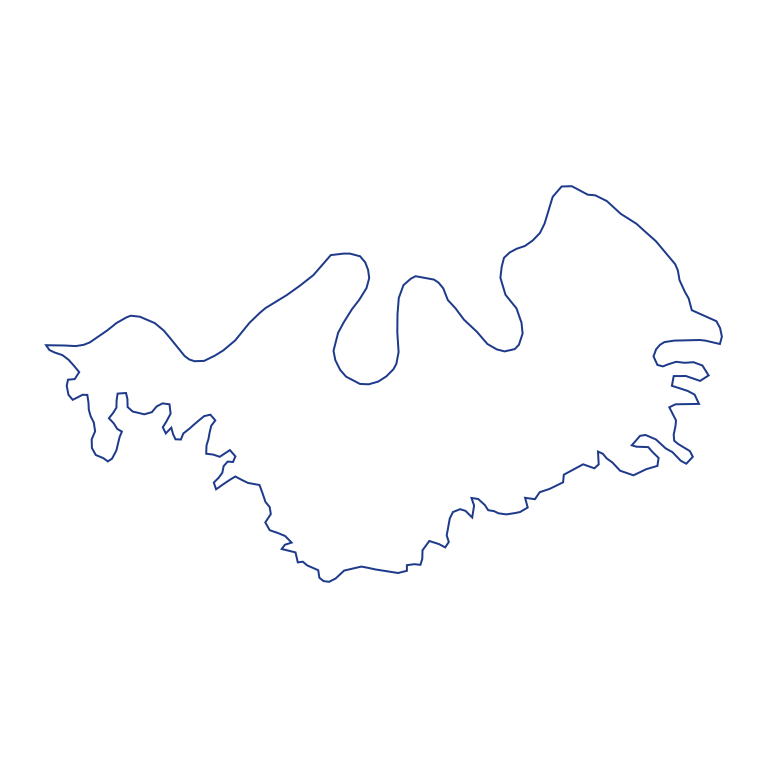 Capanema, Paraná, Brazil
{"feature_id": "56859067B47648271195329", "entity_name": "Capanema", "entity_type": "district", "adm_level": 2, "iso_a3": "BRA", "parent_name": "Brazil", "parent_adm1": "Paraná", "projection": "robinson", "projection_center": [-53.789, -25.607], "detail": "fine", "context": "isolated", "style": "outline", "palette": "blue", "viewbox_px": 768, "rotation_deg": 0, "n_neighbors": 0, "source": "geoboundaries", "source_scale": "gbopen_adm2", "svg_char_len": 3700}
<svg xmlns="http://www.w3.org/2000/svg" viewBox="0 0 768 768"><path d="M688.7,298.5L684.8,291.7L679.5,280.1L677.9,270.6L675.2,264.2L655.8,241.1L644.1,230.7L636.5,223.8L620.7,213.8L606.9,201.1L595.2,195.3L587.8,194.7L571.8,186.2L561.6,186.5L552.7,196.8L544.6,223.5L540.0,232.9L532.7,240.5L524.9,246.0L516.8,248.7L509.8,252.4L504.0,257.8L501.7,266.6L500.4,277.8L505.5,294.8L516.5,308.4L521.5,322.7L522.6,333.6L518.9,344.8L514.7,349.1L504.6,351.4L496.8,349.4L487.4,344.0L476.9,331.8L463.9,319.6L455.4,308.2L447.8,300.0L443.3,288.4L438.5,282.6L434.0,279.6L415.6,276.2L410.8,278.7L403.5,285.1L398.8,297.9L397.5,314.0L397.3,332.4L398.6,352.1L396.3,364.0L393.3,369.4L386.3,376.4L378.2,381.6L368.7,384.3L359.9,383.9L346.1,376.7L340.1,369.8L335.3,360.1L333.5,350.8L338.1,332.8L343.7,322.4L351.9,309.3L359.3,299.7L366.5,288.1L369.2,278.1L368.1,269.9L365.2,262.3L360.1,256.3L349.9,253.6L343.7,253.6L330.8,255.1L313.4,275.1L299.9,285.7L286.9,295.0L265.6,308.0L260.0,312.7L249.4,322.9L235.3,340.3L223.3,350.4L215.1,355.5L204.1,360.9L194.5,361.2L189.3,359.5L184.6,356.0L169.7,337.6L163.8,330.6L154.8,323.1L139.8,316.7L130.7,315.7L126.2,317.5L116.4,323.1L107.4,330.3L89.8,342.4L83.8,344.8L75.7,346.1L64.5,345.5L46.1,345.2L49.4,350.0L54.6,352.5L62.4,355.1L68.7,359.9L73.9,365.7L79.2,372.1L74.7,379.1L68.0,379.7L66.7,385.8L68.5,394.9L72.7,399.8L77.7,397.3L82.5,394.8L87.3,394.9L88.5,402.9L88.8,409.7L90.6,416.1L93.8,422.5L95.1,431.3L91.7,439.3L91.9,448.0L95.8,455.0L103.3,458.1L107.8,461.4L112.0,458.7L116.4,450.4L118.2,442.8L119.6,437.1L121.9,431.6L117.2,428.9L113.8,423.4L108.9,418.2L112.8,413.4L116.4,407.7L116.6,400.4L117.6,393.6L126.0,393.0L127.4,398.8L127.6,407.0L132.8,411.6L138.2,412.8L144.2,414.3L151.8,412.2L156.7,406.4L162.5,403.4L169.5,404.3L170.6,413.7L166.4,421.5L162.8,427.3L165.8,433.4L171.3,427.7L173.1,434.3L175.5,439.3L180.9,439.5L183.3,433.5L189.5,428.6L194.2,424.4L199.4,420.0L204.2,416.1L210.4,414.7L215.3,420.4L211.2,425.8L209.5,433.1L208.5,438.9L206.5,445.5L206.2,453.7L213.3,454.6L219.7,456.8L224.4,453.7L229.9,450.1L235.4,456.4L233.0,462.0L227.6,461.6L223.6,466.2L222.3,472.8L218.7,477.7L213.8,482.6L216.1,489.3L223.9,483.8L229.9,479.8L235.3,476.5L241.6,479.8L247.9,482.9L254.4,484.1L259.5,485.0L262.4,492.9L265.5,502.0L269.7,507.1L270.8,514.1L265.3,522.4L269.7,530.2L277.8,533.0L285.1,536.0L291.6,542.6L284.8,544.8L281.7,549.0L295.5,552.4L297.8,562.4L302.8,561.7L307.2,565.4L318.2,570.2L319.4,577.8L323.6,581.1L329.1,581.8L335.6,578.5L344.1,570.6L355.6,567.9L361.4,566.6L368.4,567.9L375.2,569.4L398.0,573.0L406.9,570.8L406.9,565.2L414.2,564.2L420.4,564.8L422.3,558.8L422.5,550.3L429.3,541.0L439.0,544.1L445.2,547.4L448.8,542.0L446.7,535.4L449.8,518.4L453.0,512.0L460.1,509.2L465.4,510.8L472.2,517.5L474.1,505.6L471.5,498.0L478.2,499.0L484.8,505.0L488.2,510.2L494.0,511.1L498.5,513.3L506.3,514.4L514.9,513.1L520.1,512.0L527.7,507.5L525.1,497.8L534.9,499.2L539.7,492.2L549.6,488.9L563.1,482.3L563.8,474.7L583.1,464.3L594.4,468.3L598.7,464.4L598.0,451.6L602.9,453.8L606.6,458.3L612.5,462.6L620.1,470.7L633.4,475.3L640.6,471.9L646.2,469.2L657.4,465.9L658.6,457.9L652.4,451.9L648.2,447.1L636.5,446.7L631.8,445.3L640.1,435.8L645.6,435.0L656.0,439.5L665.7,448.4L672.5,452.2L680.8,460.8L686.3,463.7L692.8,456.8L689.9,451.1L678.2,444.0L674.2,440.7L673.7,434.7L675.5,425.9L676.0,420.4L669.3,407.3L675.5,404.3L699.0,403.9L694.6,394.6L687.6,390.9L671.9,385.8L673.7,376.1L685.8,376.0L700.1,380.9L708.6,375.4L702.4,365.5L693.5,362.2L684.7,362.8L676.1,361.8L668.2,364.3L662.9,366.4L657.4,364.9L653.5,356.4L656.1,349.3L660.0,344.8L664.4,342.1L674.3,340.6L699.5,340.0L705.3,340.6L719.9,344.0L721.9,336.7L720.1,328.1L716.4,321.2L691.8,310.2L688.7,298.5Z" fill="none" stroke="#1e3a8a" stroke-width="2"/></svg>